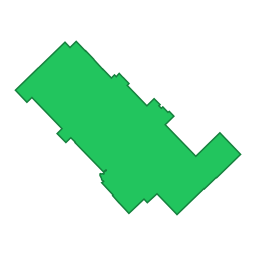 Daireaux, Buenos Aires, Argentina
{"feature_id": "61730980B69261173940199", "entity_name": "Daireaux", "entity_type": "district", "adm_level": 2, "iso_a3": "ARG", "parent_name": "Argentina", "parent_adm1": "Buenos Aires", "projection": "albers", "projection_center": [-61.961, -36.621], "detail": "fine", "context": "isolated", "style": "filled", "palette": "green", "viewbox_px": 256, "rotation_deg": 0, "n_neighbors": 0, "source": "geoboundaries", "source_scale": "gbopen_adm2", "svg_char_len": 1940}
<svg xmlns="http://www.w3.org/2000/svg" viewBox="0 0 256 256"><path d="M176.1,213.6L177.0,214.6L203.9,188.6L204.3,189.0L209.5,184.0L216.2,177.5L216.6,177.8L240.6,154.4L219.9,132.8L195.8,156.3L165.2,124.7L173.9,116.2L169.3,111.4L167.9,112.3L162.8,106.9L161.3,108.3L158.9,105.8L160.1,104.7L154.1,98.7L146.9,105.8L127.2,85.4L129.0,83.6L123.2,77.5L122.7,77.2L119.2,73.4L116.2,76.7L114.5,74.9L111.4,78.0L102.8,69.1L102.7,69.3L94.2,60.0L93.8,59.3L85.7,50.8L85.5,51.1L76.2,41.4L70.0,47.5L65.0,42.2L38.6,67.8L38.2,68.0L15.4,90.2L26.9,102.3L31.9,97.5L62.0,128.7L57.1,133.6L65.9,142.5L70.8,137.7L75.3,142.2L75.0,142.6L103.3,171.7L103.5,171.5L103.7,171.4L104.0,171.4L104.3,171.2L104.6,171.0L104.7,170.9L104.8,170.7L105.1,170.6L105.3,170.5L105.5,170.3L105.7,170.1L105.8,170.0L106.0,170.0L106.3,170.1L106.3,170.4L106.2,170.6L105.9,170.6L105.7,170.8L105.6,171.0L105.4,171.0L105.2,171.1L105.0,171.3L104.9,171.4L104.6,171.5L104.4,171.8L104.2,171.9L104.0,171.6L103.8,171.6L103.6,171.8L103.6,172.0L103.7,172.3L103.8,172.5L103.9,172.8L104.0,173.0L104.1,173.3L104.0,173.6L103.9,173.9L103.7,174.0L103.3,174.1L103.2,174.0L103.0,173.8L102.7,173.7L102.2,173.8L101.8,173.9L101.5,174.0L101.3,173.9L101.1,174.0L100.9,174.0L100.6,173.8L100.5,173.7L100.4,173.6L100.2,173.7L100.1,173.8L100.0,174.0L100.0,174.4L100.0,174.6L100.0,174.8L100.1,175.0L100.1,175.3L100.0,175.5L100.2,176.0L100.4,176.2L100.5,176.4L100.7,176.6L100.8,176.7L100.8,177.0L101.0,177.3L101.0,177.5L101.2,177.8L101.3,178.0L101.4,178.3L101.5,178.5L101.6,178.8L101.6,179.0L101.6,179.3L101.7,179.5L101.8,179.8L101.9,180.0L102.1,180.2L102.2,180.3L102.3,180.4L102.5,180.5L103.0,180.7L103.2,180.9L103.4,181.0L103.6,181.1L103.7,181.3L103.7,181.5L103.4,181.7L103.2,181.7L103.0,181.8L102.9,181.9L102.7,182.1L102.4,182.3L102.2,182.4L101.7,182.7L113.1,195.0L112.6,195.6L119.1,203.0L119.4,203.2L128.9,213.4L144.0,199.1L147.3,202.7L157.0,193.8L176.1,213.6Z" fill="#22c55e" stroke="#15803d" stroke-width="1.5"/></svg>